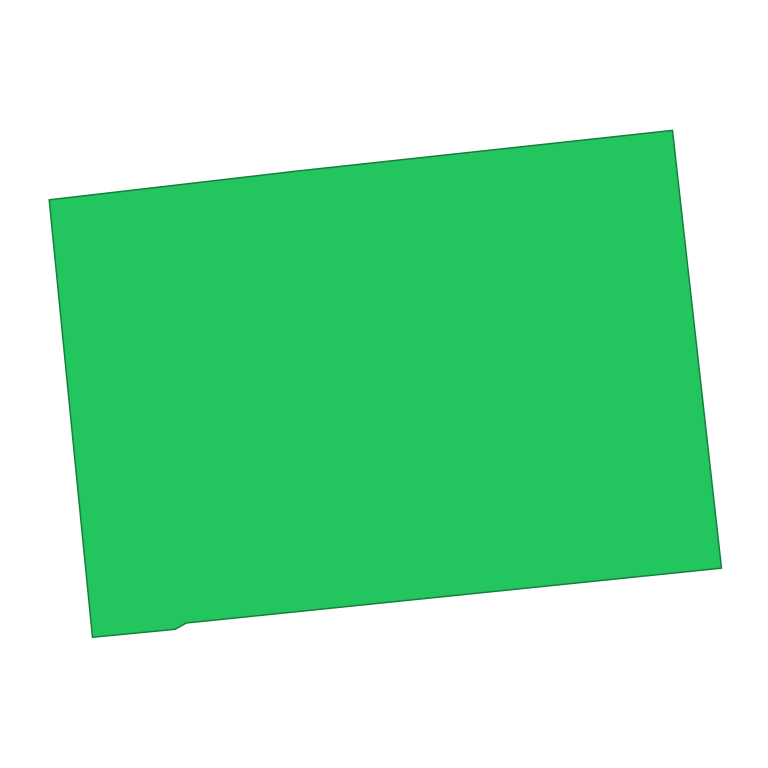 DeSoto, Florida, United States of America, rotated 354°
{"feature_id": "52423323B50185112630259", "entity_name": "DeSoto", "entity_type": "district", "adm_level": 2, "iso_a3": "USA", "parent_name": "United States of America", "parent_adm1": "Florida", "projection": "orthographic", "projection_center": [-81.91, 27.186], "detail": "fine", "context": "isolated", "style": "filled", "palette": "green", "viewbox_px": 768, "rotation_deg": 354, "n_neighbors": 0, "source": "geoboundaries", "source_scale": "gbopen_adm2", "svg_char_len": 275}
<svg xmlns="http://www.w3.org/2000/svg" viewBox="0 0 768 768"><g transform="rotate(354 384 384)"><path d="M69.1,353.2L67.6,605.4L150.6,606.1L162.5,601.0L700.4,602.4L697.4,161.9L321.4,163.1L70.3,165.8L69.1,353.2Z" fill="#22c55e" stroke="#15803d" stroke-width="1.5"/></g></svg>